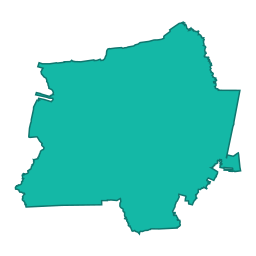 Fagetelu, Olt, Romania (Equal Earth projection)
{"feature_id": "2599482B40628155009559", "entity_name": "Fagetelu", "entity_type": "district", "adm_level": 2, "iso_a3": "ROU", "parent_name": "Romania", "parent_adm1": "Olt", "projection": "equal_earth", "projection_center": [24.54, 44.785], "detail": "fine", "context": "isolated", "style": "filled", "palette": "teal", "viewbox_px": 256, "rotation_deg": 0, "n_neighbors": 0, "source": "geoboundaries", "source_scale": "gbopen_adm2", "svg_char_len": 5758}
<svg xmlns="http://www.w3.org/2000/svg" viewBox="0 0 256 256"><path d="M240.6,170.8L239.9,167.2L238.6,154.5L238.3,152.9L237.6,153.2L233.3,156.3L227.2,154.9L226.6,157.7L226.4,157.6L232.9,126.5L233.8,124.3L233.9,122.2L234.3,119.9L239.9,90.4L218.7,90.3L218.9,89.9L217.9,89.6L217.7,88.8L216.3,88.8L215.3,88.0L215.5,87.2L214.8,86.6L215.5,86.1L216.0,85.3L215.9,83.8L215.6,83.0L214.8,83.2L213.7,82.7L213.6,81.7L214.1,81.5L215.3,81.8L215.3,81.2L216.4,80.6L216.6,80.2L216.2,79.6L215.1,79.2L215.8,78.2L213.0,77.2L213.0,76.3L212.1,75.4L213.0,74.5L213.2,73.6L212.4,72.6L211.1,72.5L211.2,71.3L210.4,70.6L210.2,69.4L211.0,68.6L210.2,67.3L210.1,66.8L210.8,65.8L211.5,65.4L210.7,64.7L211.4,64.4L211.3,63.5L211.0,63.0L209.6,62.8L210.0,61.4L208.5,61.1L208.6,60.7L209.5,60.0L209.2,59.4L208.3,59.4L208.0,59.1L208.0,58.4L208.7,57.7L208.6,57.3L208.0,57.1L207.0,57.5L206.0,57.0L204.9,57.0L204.5,56.7L204.6,56.3L204.3,56.0L205.0,55.1L205.2,53.7L206.1,53.4L205.8,52.3L205.1,52.2L204.7,50.2L205.2,48.0L205.7,47.4L205.7,47.1L204.8,46.0L203.5,45.5L203.9,45.1L204.0,44.2L203.5,42.6L203.6,41.5L203.3,40.8L204.2,39.8L204.1,39.4L203.3,38.8L203.7,37.8L202.0,37.9L201.3,36.9L201.5,36.4L201.1,36.1L200.7,35.3L199.7,34.6L198.5,34.6L198.9,34.1L198.0,32.3L198.7,31.5L198.5,31.1L196.7,31.6L195.4,31.5L194.8,30.9L193.5,31.0L193.1,30.5L193.3,29.9L192.4,29.8L192.4,29.1L191.6,29.0L191.0,28.0L190.4,28.8L190.0,30.3L188.8,30.5L189.2,29.9L189.4,29.0L188.4,29.5L186.9,28.3L186.1,25.3L185.7,24.6L185.4,24.5L184.5,25.3L184.3,24.5L182.3,23.3L182.2,22.8L182.4,22.6L183.5,23.3L184.5,22.9L183.3,22.1L180.7,23.2L179.2,23.4L169.7,29.9L170.2,30.7L170.0,31.6L164.2,35.9L163.8,36.7L163.9,38.3L161.5,39.3L157.9,39.9L154.0,40.0L149.0,41.4L140.1,42.6L138.1,44.1L135.1,44.9L133.8,46.0L128.0,47.0L126.7,47.6L124.5,47.8L123.5,48.2L122.7,48.3L121.6,47.6L115.1,48.1L109.7,48.8L109.4,48.6L107.9,49.0L107.3,49.8L106.7,51.1L106.3,55.1L105.5,56.4L104.7,58.7L103.0,60.3L102.7,60.2L100.9,60.5L100.4,59.3L100.0,59.3L97.0,60.4L94.2,60.6L93.9,59.9L80.8,61.8L74.1,61.6L73.8,61.2L72.9,61.4L71.7,60.3L70.3,61.6L64.2,61.8L64.3,62.3L57.4,63.1L56.6,62.8L49.6,63.8L42.4,63.8L39.1,62.7L37.8,66.7L43.0,68.2L41.9,69.8L41.8,70.6L41.0,71.5L41.5,73.9L43.0,75.6L43.7,76.7L46.1,78.2L46.8,80.4L46.7,81.5L47.9,83.2L48.1,85.1L48.8,86.8L48.9,88.3L51.6,89.5L52.6,90.6L53.4,92.5L53.1,93.6L53.4,94.5L52.2,94.5L51.5,95.7L50.5,95.5L50.2,96.4L48.0,96.0L40.8,93.9L40.7,93.6L36.4,92.6L35.7,94.8L47.3,97.4L49.0,98.1L52.8,98.3L53.1,99.6L51.3,101.7L44.1,99.5L38.7,98.3L38.4,99.2L39.3,100.0L38.8,100.1L38.5,100.8L37.0,100.2L33.6,107.1L33.5,109.5L31.3,119.6L31.2,121.9L30.7,123.0L29.5,128.1L28.8,136.6L29.0,137.2L30.1,137.4L36.4,136.8L37.3,137.0L39.6,140.9L42.2,143.6L41.7,144.2L41.9,145.5L43.8,147.3L44.0,147.6L43.8,148.8L43.2,149.6L42.0,150.0L40.6,151.2L40.0,153.4L39.5,154.1L39.5,154.7L39.0,155.3L39.0,156.4L37.9,157.4L38.1,158.3L37.7,158.8L36.7,158.9L36.1,159.3L35.1,159.3L34.1,159.9L33.5,159.7L33.9,160.9L33.6,161.2L34.0,162.0L33.0,164.5L32.2,164.7L32.5,165.4L31.6,166.1L31.0,168.7L30.3,169.5L29.5,169.5L28.8,170.3L27.8,170.8L27.8,171.2L28.5,172.0L27.9,173.0L27.4,173.4L24.8,174.3L24.4,174.3L24.4,173.8L23.8,173.9L23.4,173.6L23.0,174.0L23.4,174.9L22.7,174.8L22.2,175.2L22.7,177.7L22.4,178.5L23.6,178.6L22.5,180.4L22.6,181.3L21.6,181.8L21.7,183.0L21.3,184.0L19.7,185.0L18.3,184.9L17.7,185.9L16.6,185.8L16.6,186.3L15.7,186.9L15.4,187.6L15.6,189.1L17.3,189.3L19.0,190.2L19.1,191.0L19.8,192.1L21.7,192.2L22.6,193.0L24.4,193.3L24.7,194.1L24.0,194.5L22.5,196.8L23.0,198.0L22.4,198.7L22.4,199.9L23.5,201.0L23.9,201.0L24.2,201.8L24.8,202.4L25.0,204.5L26.0,204.5L25.8,205.8L26.1,207.0L61.8,205.3L101.7,204.8L101.6,200.6L107.4,200.6L107.4,200.0L110.0,200.1L110.5,199.9L116.9,200.5L120.3,198.5L120.5,198.9L120.8,201.6L120.0,203.1L119.9,206.1L120.7,207.5L123.0,209.0L123.2,209.5L123.0,210.9L123.6,211.8L124.6,212.3L124.6,215.8L124.9,216.5L126.2,217.5L126.0,217.9L124.9,218.2L124.7,218.6L127.0,219.4L126.7,220.8L127.8,222.1L127.8,222.9L128.7,223.4L128.3,225.0L128.4,225.6L128.9,226.0L130.2,226.2L130.1,227.1L130.8,227.8L132.0,230.9L132.9,231.2L134.7,230.5L135.3,231.3L137.9,232.2L139.4,233.9L139.6,232.4L140.4,231.3L142.4,231.5L144.9,230.5L147.8,230.3L149.4,229.5L150.6,229.4L150.9,228.8L159.2,228.9L177.2,228.0L177.2,227.3L178.3,227.1L178.8,226.4L179.4,226.3L180.1,225.4L180.3,224.9L179.8,223.6L180.1,221.9L179.8,220.4L177.5,220.2L177.3,219.7L178.0,219.2L177.6,219.0L177.7,218.5L177.5,217.8L176.7,216.7L176.3,215.4L174.0,215.5L173.6,215.2L173.6,213.9L175.0,213.8L175.1,212.6L173.0,212.5L172.6,211.0L173.6,209.7L174.1,208.2L174.6,207.7L175.1,206.0L175.0,205.3L175.9,203.1L176.0,202.3L177.3,200.9L179.2,196.9L178.7,195.1L178.9,194.2L185.8,196.1L186.0,196.7L185.4,198.7L185.2,200.8L188.5,200.9L188.7,203.9L192.4,204.8L193.1,202.9L194.4,200.4L195.5,199.6L195.7,198.8L196.8,198.2L196.5,197.4L195.8,197.0L196.1,195.6L195.6,195.0L195.7,194.7L197.2,193.8L197.7,192.8L198.4,192.1L198.1,190.8L198.4,189.4L200.5,189.5L201.7,188.1L202.7,188.3L203.7,187.2L206.6,188.8L206.9,188.4L206.1,187.5L206.7,185.5L208.4,183.9L208.2,183.0L209.6,183.7L210.2,181.8L208.7,181.5L208.3,181.0L206.8,180.6L206.8,180.0L208.3,178.0L213.8,180.4L215.5,177.1L216.1,176.9L216.5,175.8L216.2,175.4L217.2,174.1L217.5,173.1L217.6,171.8L211.4,167.9L211.9,167.9L212.2,167.3L212.8,167.3L212.9,166.5L213.8,166.0L214.0,165.3L214.6,165.4L215.2,163.9L216.5,163.7L217.7,162.8L217.3,161.0L217.8,160.3L219.5,161.2L219.4,159.9L219.6,159.5L221.3,159.7L220.9,160.8L221.7,161.1L221.6,161.5L221.1,162.8L220.2,162.6L220.1,163.4L221.9,163.9L221.6,164.7L220.3,164.5L220.0,166.1L220.3,166.4L220.0,167.4L223.9,168.2L224.0,167.5L232.5,168.2L232.8,169.1L232.7,169.8L224.2,169.3L224.1,170.1L230.2,170.3L229.2,171.0L228.4,171.2L232.6,171.4L234.1,171.1L234.8,171.6L240.6,170.8Z" fill="#14b8a6" stroke="#0f766e" stroke-width="1.5"/></svg>